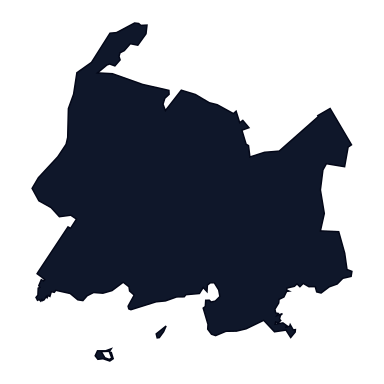 the district of Galway City East Lea-6, Galway, Ireland
{"feature_id": "5873133B29107056882514", "entity_name": "Galway City East Lea-6", "entity_type": "district", "adm_level": 2, "iso_a3": "IRL", "parent_name": "Ireland", "parent_adm1": "Galway", "projection": "albers", "projection_center": [-9.004, 53.286], "detail": "fine", "context": "isolated", "style": "filled", "palette": "ink", "viewbox_px": 384, "rotation_deg": 0, "n_neighbors": 0, "source": "geoboundaries", "source_scale": "gbopen_adm2", "svg_char_len": 2445}
<svg xmlns="http://www.w3.org/2000/svg" viewBox="0 0 384 384"><path d="M110.0,33.2L91.5,62.4L76.9,72.7L73.6,94.2L68.4,108.6L67.7,137.4L66.1,144.3L57.8,156.8L38.4,177.7L32.1,188.4L38.9,200.8L51.1,207.6L59.4,216.7L70.8,215.2L76.5,219.1L70.6,228.3L68.0,226.9L38.2,271.9L37.1,273.7L41.9,277.2L44.8,279.7L43.5,281.0L41.3,279.7L38.8,285.6L39.9,287.4L38.2,288.1L37.9,295.2L36.0,297.4L37.5,300.3L39.2,299.5L40.8,301.2L41.9,299.5L42.4,300.6L44.1,299.8L46.3,296.4L47.1,297.7L48.2,295.4L49.9,296.4L51.3,291.7L54.3,292.3L55.8,290.3L70.2,293.5L77.8,299.8L82.9,300.6L87.2,295.7L93.6,292.5L102.9,293.2L112.0,290.6L123.2,282.2L129.0,286.8L129.6,291.0L134.2,295.1L128.1,306.2L128.8,308.9L130.9,309.7L156.1,301.8L165.5,300.9L176.7,296.9L184.2,296.8L185.9,294.7L199.4,293.5L203.2,287.5L207.0,291.6L207.4,285.1L210.3,282.8L214.3,282.8L218.7,289.9L219.9,296.5L215.3,301.1L211.0,302.0L209.3,300.2L205.7,300.3L205.3,306.5L203.2,308.1L208.0,324.4L207.7,329.1L211.5,334.2L215.6,335.6L225.9,331.3L236.5,331.1L246.1,328.8L263.7,320.3L274.5,331.8L286.0,330.1L290.7,337.5L295.2,332.0L295.4,329.6L293.2,329.9L290.2,324.6L289.7,326.2L285.1,327.6L287.2,326.0L282.9,322.9L275.1,324.3L275.6,321.9L278.2,322.8L280.7,320.5L279.5,319.1L280.4,315.4L282.4,313.6L276.9,315.7L278.3,313.5L275.7,313.0L274.9,309.2L278.7,303.0L279.0,299.4L283.9,297.0L286.6,291.4L289.0,291.1L286.7,290.1L286.9,288.1L294.4,286.3L297.0,283.9L299.9,286.7L303.2,283.4L308.9,286.7L315.2,286.6L316.7,291.9L321.1,293.0L329.3,286.8L337.2,284.0L342.8,278.3L351.1,276.4L351.9,271.4L347.0,269.5L344.7,253.2L338.7,231.7L320.4,230.9L324.3,213.5L320.4,189.9L322.9,170.0L326.4,163.7L344.6,166.7L348.1,147.1L351.5,144.8L330.1,108.5L317.8,115.6L318.4,116.5L279.2,151.1L264.5,152.3L249.9,157.0L248.5,145.6L246.1,144.2L241.9,130.2L248.9,127.7L242.8,120.4L239.7,122.7L236.1,111.2L233.4,113.6L217.2,104.7L209.2,102.7L195.4,94.5L181.3,90.2L165.4,110.6L163.0,104.2L164.8,98.3L169.1,94.3L168.9,90.4L142.5,84.4L112.4,73.7L97.4,72.9L106.9,65.0L109.6,64.0L114.9,65.9L120.1,59.9L119.0,56.4L120.0,52.8L124.3,50.6L130.3,43.7L137.8,45.2L146.0,33.8L147.0,25.1L140.8,25.4L138.7,23.5L134.6,23.0L116.5,32.6L110.0,33.2ZM109.5,352.2L111.8,358.0L109.3,359.4L104.9,357.8L101.2,351.6L109.6,351.3L111.2,348.8L105.7,350.8L97.5,350.8L95.2,355.8L97.9,359.3L103.0,358.7L109.8,361.0L113.2,358.7L111.3,352.5L109.5,352.2ZM163.6,331.7L166.1,326.0L156.2,333.9L157.2,337.9L159.3,337.6L163.6,331.7Z" fill="#0f172a" stroke="#020617" stroke-width="1.5"/></svg>